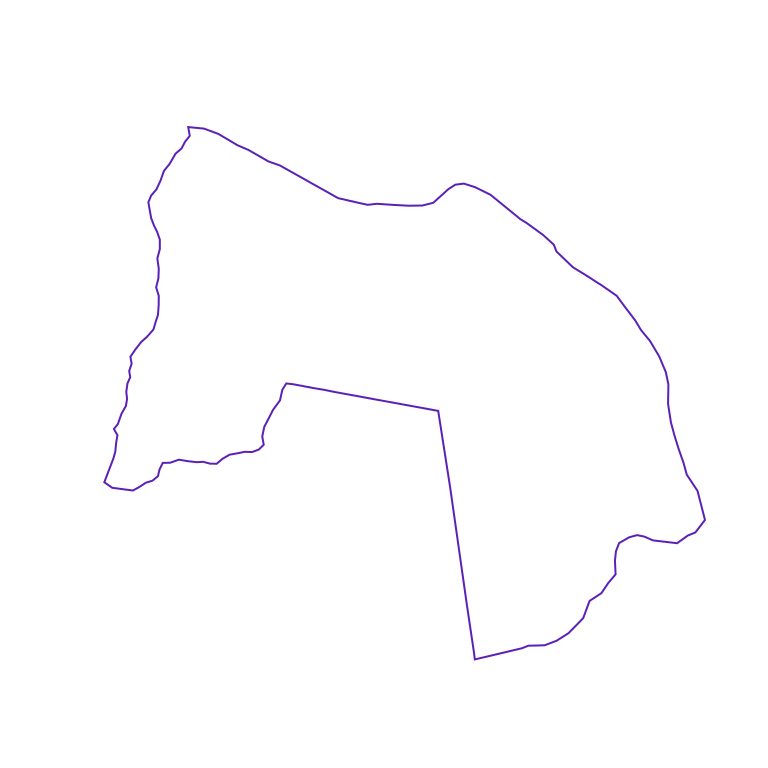 São Miguel do Tocantins, Tocantins, Brazil, rotated 350°
{"feature_id": "56859067B58723605824878", "entity_name": "São Miguel do Tocantins", "entity_type": "district", "adm_level": 2, "iso_a3": "BRA", "parent_name": "Brazil", "parent_adm1": "Tocantins", "projection": "mercator", "projection_center": [-47.626, -5.548], "detail": "fine", "context": "isolated", "style": "outline", "palette": "violet", "viewbox_px": 768, "rotation_deg": 350, "n_neighbors": 0, "source": "geoboundaries", "source_scale": "gbopen_adm2", "svg_char_len": 1963}
<svg xmlns="http://www.w3.org/2000/svg" viewBox="0 0 768 768"><g transform="rotate(350 384 384)"><path d="M676.5,573.6L674.2,543.7L666.4,525.8L665.3,513.7L662.9,499.2L661.2,485.9L660.6,479.4L659.9,471.6L660.3,452.9L664.0,433.8L663.6,421.3L659.9,404.9L653.4,387.7L646.5,375.6L642.4,364.9L634.3,349.2L628.5,337.6L615.2,324.3L610.6,320.2L604.1,314.1L590.3,301.8L576.9,283.5L575.4,276.3L566.5,264.8L552.4,250.2L546.9,245.3L521.8,216.2L507.9,206.0L497.4,200.5L488.9,200.1L481.2,203.3L464.0,214.1L452.8,214.9L439.2,212.7L425.0,209.4L408.3,205.3L399.0,204.7L391.2,201.5L371.1,193.0L319.3,150.6L308.9,144.8L291.2,130.0L281.0,123.3L264.5,109.1L251.0,101.2L235.8,97.0L235.8,105.9L230.2,110.8L225.6,116.8L218.8,120.9L211.1,130.0L204.3,135.9L199.1,145.1L193.7,152.8L187.4,158.0L183.5,164.1L183.5,171.3L183.5,180.1L185.0,188.0L187.0,194.7L188.3,202.9L186.7,212.1L182.6,221.0L182.2,231.4L180.2,240.7L176.4,249.2L177.5,258.1L175.8,267.2L173.4,276.7L170.1,282.8L166.4,290.3L158.6,296.5L152.1,300.5L145.3,306.7L139.0,313.1L139.0,320.2L135.3,327.0L135.3,333.2L131.4,339.0L128.8,347.1L128.4,354.0L126.0,360.8L120.2,367.9L114.9,377.3L110.2,381.4L112.6,388.2L110.1,395.1L107.7,403.8L104.7,410.1L91.5,432.2L98.3,439.0L118.2,445.3L124.7,443.1L132.2,439.9L139.2,439.0L145.4,435.5L148.1,429.2L152.4,423.3L159.9,424.4L168.8,422.9L177.6,426.0L186.1,428.5L192.4,429.2L198.8,432.2L205.3,433.5L211.8,429.7L219.6,426.8L228.0,426.8L235.1,426.6L242.3,428.1L249.4,426.8L255.0,422.9L255.0,414.5L258.7,405.3L264.3,398.1L270.3,390.1L278.7,382.1L282.9,372.0L287.9,366.5L294.6,368.5L314.5,376.0L323.4,379.1L334.3,383.4L432.7,419.9L431.2,497.2L427.3,615.1L426.0,663.1L425.6,671.0L473.8,668.2L480.9,666.8L487.9,667.9L496.9,669.2L509.4,666.8L522.5,661.4L539.5,649.2L548.8,633.3L561.8,627.7L570.2,619.0L579.0,611.7L580.8,597.9L583.4,589.0L587.9,581.5L599.0,577.5L607.1,576.8L613.9,579.5L621.7,584.7L645.0,591.7L656.9,586.0L664.8,584.3L676.5,573.6Z" fill="none" stroke="#5b21b6" stroke-width="2"/></g></svg>